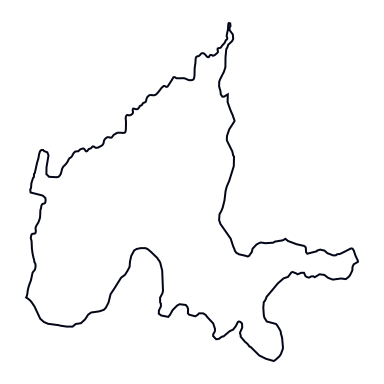 outline of Pueblo Nuevo Viñas, Santa Rosa, Guatemala
{"feature_id": "79465075B34201935898883", "entity_name": "Pueblo Nuevo Viñas", "entity_type": "district", "adm_level": 2, "iso_a3": "GTM", "parent_name": "Guatemala", "parent_adm1": "Santa Rosa", "projection": "equal_earth", "projection_center": [-90.498, 14.233], "detail": "fine", "context": "isolated", "style": "outline", "palette": "ink", "viewbox_px": 384, "rotation_deg": 0, "n_neighbors": 0, "source": "geoboundaries", "source_scale": "gbopen_adm2", "svg_char_len": 5882}
<svg xmlns="http://www.w3.org/2000/svg" viewBox="0 0 384 384"><path d="M153.7,95.3L150.7,95.0L149.2,95.3L148.4,96.0L147.5,96.9L147.1,97.5L146.6,98.6L145.8,101.7L145.0,102.3L143.3,103.0L142.7,103.5L142.0,104.9L141.1,105.5L140.3,105.7L139.8,106.1L139.3,107.1L138.0,108.8L137.1,109.2L135.9,109.2L134.3,108.7L133.1,108.7L132.7,109.7L132.7,110.6L132.9,111.3L133.0,112.4L132.7,113.4L131.8,114.3L130.6,115.1L129.7,115.3L128.9,115.4L127.9,115.0L127.1,115.0L126.2,115.9L125.7,117.5L125.7,119.0L126.0,121.4L125.9,128.5L125.7,130.8L125.2,132.2L124.6,132.7L124.0,132.9L118.6,132.7L117.9,132.7L116.9,133.0L116.1,133.4L115.1,134.1L114.1,134.5L113.1,135.6L112.0,137.2L111.2,137.7L110.3,137.7L109.7,137.4L108.5,137.2L107.6,137.2L106.6,137.6L105.2,138.8L104.4,139.9L104.0,140.8L103.7,142.4L103.4,143.6L102.5,145.0L101.6,145.7L98.0,147.6L96.6,147.8L95.5,147.7L94.7,147.2L94.0,146.6L92.8,146.4L92.2,146.9L91.6,147.6L90.7,148.4L88.7,149.1L87.3,151.0L86.4,151.4L85.8,151.1L84.4,149.1L83.6,148.5L82.5,148.6L80.7,149.2L79.8,149.7L79.1,150.5L78.3,151.2L75.5,151.5L74.8,151.9L74.0,152.7L73.4,153.5L72.1,156.0L71.3,157.0L70.6,157.6L69.5,158.2L68.8,159.1L67.6,161.6L66.4,163.4L65.1,164.9L63.6,166.3L63.0,167.1L62.4,168.2L62.1,168.9L61.1,172.9L60.3,174.8L59.2,176.2L58.7,176.6L58.1,177.0L56.2,177.2L49.1,176.8L46.4,174.1L46.5,167.3L48.5,155.4L47.3,152.3L44.1,151.1L43.1,150.0L41.4,150.0L40.0,151.3L39.1,154.2L38.4,158.4L37.1,162.6L34.8,173.1L34.0,174.0L33.9,177.1L33.1,177.8L31.4,183.2L31.0,188.1L30.2,189.6L30.6,192.5L42.5,195.5L43.2,196.0L45.3,197.9L45.5,199.0L45.6,200.3L45.4,202.1L44.9,203.1L44.3,203.5L42.6,203.9L42.1,204.4L41.5,205.3L40.9,208.6L40.4,210.1L40.3,211.6L40.2,215.0L40.0,217.7L39.4,219.7L38.3,222.6L37.0,224.6L36.3,225.8L35.7,227.3L35.5,228.5L35.8,230.1L35.8,231.6L35.5,232.9L34.6,233.7L33.2,233.7L32.2,233.9L31.6,234.5L31.2,235.6L30.9,236.9L30.8,238.1L31.6,241.2L31.9,248.6L32.6,253.7L33.4,257.5L34.0,259.5L34.4,262.1L35.3,263.6L35.5,264.8L35.6,265.7L35.5,267.1L35.3,268.1L34.9,269.6L34.1,270.8L33.1,271.8L32.6,272.6L30.9,280.4L29.0,285.5L28.0,289.1L27.8,290.2L27.3,294.0L26.8,296.1L26.1,297.5L28.2,298.8L29.8,300.2L30.9,301.3L32.1,302.9L34.5,306.5L40.2,318.7L43.9,322.0L48.1,323.8L58.8,325.2L60.0,325.6L66.7,326.6L72.6,326.6L75.7,324.0L80.9,323.2L85.0,319.5L88.2,314.6L91.2,312.5L99.0,311.4L103.7,309.9L105.8,307.8L108.5,302.6L110.6,294.1L114.1,288.9L121.1,277.7L125.1,274.7L127.7,270.5L129.6,266.8L130.0,261.4L131.3,255.8L134.2,250.4L136.6,249.0L140.7,248.1L145.5,248.1L148.1,249.4L151.3,252.2L157.3,258.0L158.5,260.0L159.1,260.6L160.2,262.6L162.2,270.6L163.0,290.9L162.4,293.3L160.1,297.7L160.1,302.2L160.9,303.7L160.9,306.4L158.9,310.5L158.8,313.7L161.2,315.5L168.3,316.9L170.2,314.5L172.6,310.1L177.2,305.5L179.7,304.2L185.8,305.0L187.5,307.2L188.1,309.2L187.9,313.3L189.2,314.7L195.3,316.3L197.7,314.8L198.5,313.9L199.2,313.3L203.3,313.4L205.7,315.0L207.3,317.1L213.2,323.4L215.0,328.9L214.8,331.6L213.2,334.2L213.2,336.1L216.1,339.2L218.8,338.9L221.8,336.7L223.5,336.4L229.8,331.1L233.1,329.6L235.8,326.2L237.8,322.1L238.5,321.6L239.7,321.6L240.8,322.3L241.6,323.0L242.1,324.1L242.2,327.7L240.1,332.4L240.0,333.3L240.6,334.9L240.7,336.7L244.8,341.6L247.6,344.0L249.5,346.6L250.5,346.8L259.3,355.5L266.0,358.8L273.7,361.0L275.1,360.2L278.1,357.5L279.5,356.2L280.9,354.1L282.0,351.2L282.7,349.3L283.0,347.9L282.1,337.9L280.8,333.0L280.8,331.8L279.3,328.8L276.8,324.8L276.2,324.1L275.4,323.8L266.8,321.5L264.4,317.7L263.8,315.1L263.3,307.5L263.8,302.1L264.8,301.0L266.0,298.6L266.6,296.8L272.6,289.7L277.9,283.3L283.7,278.3L288.0,276.9L291.3,272.5L292.6,272.0L295.8,273.2L297.6,274.3L301.2,272.8L304.0,272.8L305.5,276.1L307.0,277.1L309.0,277.6L311.3,276.4L313.3,276.3L314.7,277.2L316.3,276.3L319.5,274.3L324.3,274.9L328.2,277.9L332.8,279.6L341.0,278.5L345.9,279.1L348.7,276.8L350.0,275.3L352.3,270.5L352.5,267.0L353.7,264.3L357.9,261.9L357.8,260.6L356.8,258.4L356.0,256.8L355.0,254.3L353.9,250.8L352.6,248.7L351.0,248.4L344.4,251.8L339.8,254.0L337.0,254.3L335.9,255.3L333.2,255.4L327.4,253.2L324.5,250.6L320.1,249.6L317.1,250.6L316.7,251.3L307.3,253.7L306.1,252.2L305.8,247.9L305.6,247.1L304.0,245.9L296.5,244.2L288.0,241.0L285.4,238.8L282.9,240.3L274.9,241.6L273.2,242.7L265.3,243.2L260.9,242.5L258.9,243.2L256.4,244.6L252.6,248.7L251.6,252.5L250.8,253.3L249.2,255.7L247.8,256.5L245.6,255.8L238.6,254.2L237.9,253.5L236.6,253.1L234.8,250.7L234.5,249.3L233.2,246.4L232.7,244.9L230.7,238.7L220.4,223.9L219.1,220.1L219.5,214.3L221.4,210.8L222.7,207.6L224.5,200.3L225.6,190.9L226.7,186.7L229.3,180.6L233.8,166.1L234.0,156.7L233.2,155.4L232.3,151.4L226.9,140.5L226.8,139.2L227.0,135.9L229.2,129.4L233.5,122.7L234.3,121.6L234.5,120.5L233.2,116.8L232.7,115.2L231.2,111.9L230.2,109.4L227.6,102.1L227.8,94.4L224.1,96.6L222.4,96.7L220.8,94.4L220.5,91.4L219.1,86.4L219.2,81.7L220.1,79.3L224.0,71.6L225.4,67.1L225.5,57.2L226.3,49.1L227.2,47.7L228.2,44.8L232.1,41.1L233.2,38.9L232.8,34.4L229.6,30.2L229.6,27.5L230.5,26.1L230.2,23.4L228.9,23.0L228.4,23.7L228.1,26.4L228.1,28.4L227.9,29.7L227.6,31.1L226.9,34.3L226.7,35.5L226.7,36.3L227.2,37.7L227.3,38.7L226.7,39.6L225.8,40.2L225.0,42.2L224.3,43.3L222.2,45.5L221.3,46.9L220.6,47.7L219.2,48.1L218.5,48.2L217.7,48.5L217.5,49.7L218.0,51.2L217.8,52.3L217.1,53.1L215.1,54.8L214.3,55.3L213.3,55.7L212.5,55.6L211.8,55.1L210.8,54.9L209.9,55.3L208.7,57.2L207.6,57.1L206.8,56.5L205.6,55.0L204.3,53.8L203.3,53.2L202.1,53.2L201.2,53.6L199.8,55.2L199.0,55.9L198.4,56.2L197.3,56.3L196.6,56.7L196.1,57.2L195.7,58.4L195.4,63.0L194.7,67.9L194.6,70.0L194.5,75.5L194.3,76.9L194.1,78.0L193.8,78.8L193.2,79.6L192.6,79.9L191.8,80.1L190.7,80.2L189.8,80.2L188.9,80.1L187.6,79.6L185.3,78.6L184.4,78.3L183.4,78.2L176.8,78.3L176.0,78.0L175.1,77.3L174.4,77.1L173.5,77.2L171.6,80.4L167.7,86.4L166.8,86.9L165.8,86.7L165.2,86.3L164.6,86.0L163.9,86.0L162.8,86.7L161.6,87.8L159.2,91.0L156.6,94.0L156.0,94.5L154.8,95.1L153.7,95.3Z" fill="none" stroke="#020617" stroke-width="2"/></svg>